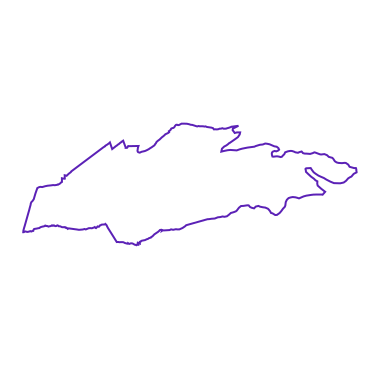 the district of San Felipe Teotlalcingo, Puebla, Mexico, rotated 192°
{"feature_id": "50627088B44599402130995", "entity_name": "San Felipe Teotlalcingo", "entity_type": "district", "adm_level": 2, "iso_a3": "MEX", "parent_name": "Mexico", "parent_adm1": "Puebla", "projection": "orthographic", "projection_center": [-98.518, 19.233], "detail": "fine", "context": "isolated", "style": "outline", "palette": "violet", "viewbox_px": 384, "rotation_deg": 192, "n_neighbors": 0, "source": "geoboundaries", "source_scale": "gbopen_adm2", "svg_char_len": 6047}
<svg xmlns="http://www.w3.org/2000/svg" viewBox="0 0 384 384"><g transform="rotate(192 192 192)"><path d="M322.1,178.4L321.3,174.8L322.0,174.2L322.6,173.2L323.2,172.5L324.6,171.3L325.0,171.4L325.6,170.9L327.1,170.3L327.7,170.1L329.3,169.9L331.2,169.2L334.6,168.1L336.9,167.1L339.5,165.7L341.4,165.5L342.5,165.0L344.1,163.7L344.8,158.3L345.3,152.0L346.2,149.9L346.9,148.9L347.1,148.4L347.3,147.1L347.2,146.0L347.4,142.9L347.5,140.3L347.7,137.6L348.6,123.9L348.8,121.6L348.9,119.3L348.7,117.6L348.2,117.7L347.3,118.6L346.9,118.7L346.4,118.8L345.9,118.7L345.5,118.7L344.4,118.8L343.2,119.4L342.0,120.1L341.1,119.9L340.8,120.0L340.5,120.2L340.1,120.7L339.7,120.9L339.2,121.0L339.2,121.5L339.0,122.4L338.8,122.7L338.7,123.0L337.5,123.5L337.1,123.6L335.3,124.4L334.9,124.6L334.0,124.9L333.7,125.1L333.2,125.8L332.2,126.5L331.8,126.7L331.5,126.8L330.9,127.2L330.4,127.3L329.9,127.6L329.4,127.8L329.0,128.1L328.7,128.6L328.3,128.7L327.8,128.4L327.5,128.4L327.0,128.6L326.2,128.6L325.3,128.3L324.8,128.6L322.9,129.4L322.3,130.1L322.0,130.3L321.5,130.3L321.3,130.0L321.0,130.0L320.8,130.4L320.4,130.6L319.8,130.6L318.9,130.2L318.2,130.3L317.7,130.5L316.9,131.3L316.7,131.4L316.1,131.3L315.8,131.2L315.5,130.9L315.2,130.8L314.9,130.8L314.3,131.0L313.6,131.0L312.0,130.6L310.9,130.7L310.5,130.8L309.7,131.1L308.5,131.2L308.1,131.1L308.4,130.8L308.0,130.7L306.3,130.5L305.8,130.1L305.1,130.8L299.4,131.2L297.0,131.4L294.7,131.5L291.1,132.6L289.3,133.5L288.8,133.4L288.1,133.3L285.5,135.1L284.1,135.5L282.4,135.7L280.2,137.1L279.8,137.5L278.9,136.8L278.4,136.7L277.9,137.4L277.2,138.7L275.9,138.6L275.4,139.4L275.2,140.1L274.4,140.5L273.8,141.2L272.6,141.6L270.3,142.2L270.1,142.7L268.9,142.0L266.9,139.5L259.8,132.2L255.2,127.4L254.1,127.7L253.4,127.8L252.5,127.8L251.8,128.0L251.1,128.2L250.6,128.3L250.1,128.4L248.9,128.6L248.2,128.5L247.3,128.2L244.6,128.0L244.1,128.1L244.0,128.7L243.1,128.3L242.5,128.2L241.1,129.1L239.8,129.3L239.3,129.2L238.7,129.1L238.3,128.9L237.9,128.8L236.8,128.5L236.3,128.6L235.4,128.4L235.2,128.7L234.8,128.9L233.5,129.2L233.6,129.7L234.5,129.6L234.5,131.1L232.3,130.7L232.7,132.4L232.6,132.5L232.0,132.7L231.7,133.0L231.7,133.3L231.0,133.9L228.9,134.8L228.1,135.1L227.3,135.7L226.6,136.3L225.8,136.7L225.1,137.2L224.5,137.9L222.7,138.9L222.4,139.7L221.6,140.2L220.0,142.8L219.3,143.5L218.7,144.1L218.1,144.8L217.3,145.5L216.0,147.2L215.5,148.1L214.2,148.7L213.1,148.6L213.2,147.9L212.8,148.3L212.4,148.4L210.7,148.8L206.0,150.1L204.7,151.1L202.6,151.1L199.9,152.3L199.0,152.3L196.6,152.8L193.8,154.8L191.5,157.2L190.8,158.3L171.2,168.6L169.7,169.0L167.3,169.9L164.2,170.8L161.5,172.6L159.0,173.4L157.1,174.4L155.1,174.5L152.8,175.5L151.1,177.5L149.6,179.6L148.0,180.4L146.6,181.2L145.1,182.2L144.4,183.0L142.8,186.4L141.1,188.5L139.1,189.0L135.1,190.5L133.8,190.7L132.1,189.4L130.4,189.0L127.9,188.9L126.6,191.0L124.1,192.2L122.5,191.8L119.6,191.8L117.1,192.0L114.2,191.4L113.3,190.8L111.7,189.5L110.3,187.9L108.9,187.9L105.9,186.8L104.2,187.2L101.9,189.7L100.7,191.9L99.5,194.6L98.2,196.7L97.9,198.1L98.0,199.4L98.2,201.6L97.6,204.1L96.3,206.1L94.6,207.1L92.5,208.0L89.7,208.3L87.6,208.2L86.0,208.0L81.9,210.9L79.4,212.2L74.4,214.1L72.3,214.8L65.2,216.4L63.7,216.5L61.8,219.9L66.2,222.0L70.4,224.4L71.2,226.1L71.6,228.5L73.6,229.1L75.6,230.4L78.6,231.7L82.8,234.2L83.7,234.8L84.7,235.4L85.2,236.9L85.8,238.1L85.3,238.9L80.9,240.1L79.4,238.6L77.1,236.6L75.0,235.6L71.7,234.3L69.0,233.7L65.9,233.1L63.2,232.1L58.8,230.9L55.0,230.2L48.9,231.3L45.6,232.8L43.7,234.9L42.0,237.9L40.4,239.4L39.3,240.2L38.6,241.5L37.7,243.2L37.0,243.9L35.1,245.4L35.3,246.2L35.8,247.4L36.0,248.4L36.7,249.5L38.3,249.1L43.1,249.4L44.9,251.3L47.6,252.4L49.0,252.2L51.3,251.4L54.8,250.9L56.7,251.0L58.7,251.8L60.8,253.9L61.9,254.6L65.5,254.8L67.6,256.1L70.4,256.6L73.6,255.5L74.9,255.5L79.5,256.2L80.6,256.2L82.0,255.1L84.4,253.8L88.4,253.3L89.9,253.0L91.5,253.1L93.2,254.4L95.3,253.3L96.5,252.4L99.1,252.3L100.7,252.7L102.8,252.9L104.5,252.6L106.7,251.7L109.1,250.2L109.6,248.1L110.7,246.5L111.4,245.2L112.5,244.6L114.5,244.7L116.1,244.6L117.3,244.3L119.6,243.5L120.7,243.4L121.5,244.8L122.0,246.5L121.9,247.4L121.3,248.3L119.8,249.3L118.0,249.3L116.5,250.3L115.6,251.5L116.6,252.9L118.6,253.9L121.0,253.8L126.0,254.8L128.8,254.8L130.5,254.6L132.6,253.2L135.4,252.3L139.2,250.2L140.4,249.3L146.9,247.0L152.0,244.8L154.3,243.6L156.9,242.0L163.3,241.1L165.8,240.3L169.0,238.9L171.7,237.6L171.7,240.6L170.0,243.1L168.0,244.8L166.6,246.4L165.6,247.8L165.1,248.0L164.9,248.3L161.7,251.7L158.5,255.2L158.1,256.2L157.3,258.2L157.3,260.3L160.5,259.6L162.5,258.6L163.2,259.3L165.1,260.9L165.2,262.5L160.3,266.4L167.1,264.0L167.2,263.8L169.1,262.6L171.0,261.6L172.0,261.0L174.1,260.5L175.6,260.7L176.8,260.0L178.1,259.7L179.3,258.9L180.7,258.4L182.2,258.2L183.6,257.8L184.7,258.8L186.3,259.0L190.9,258.7L192.4,259.0L193.4,258.6L194.6,258.6L196.8,258.2L197.9,257.9L199.3,257.9L200.6,257.2L201.8,257.3L205.7,257.7L207.2,257.5L209.1,257.7L211.3,257.7L216.4,256.7L218.8,254.7L219.9,254.5L220.7,254.7L221.6,254.3L222.3,253.2L222.7,251.9L223.4,250.9L224.5,250.4L225.5,249.7L225.8,248.5L226.3,247.7L227.3,246.6L226.8,245.7L227.7,244.7L230.1,242.9L230.6,242.0L231.9,240.3L232.7,239.4L233.8,237.8L234.6,236.6L236.3,234.7L237.2,233.3L237.5,232.0L238.1,231.0L238.4,229.9L239.8,228.4L240.8,227.3L242.1,226.1L243.0,225.1L244.4,223.9L246.1,222.6L247.1,222.0L247.5,221.9L248.0,221.6L249.6,220.9L250.4,220.3L250.8,220.0L251.0,219.8L251.4,219.6L252.0,219.7L252.7,219.7L253.3,220.0L253.7,220.6L253.9,221.0L253.9,221.5L254.1,223.9L253.9,225.9L263.3,223.7L263.9,223.7L264.3,223.1L264.3,222.6L264.5,222.4L264.6,221.9L264.7,221.7L265.6,221.5L266.0,221.4L266.0,221.5L270.0,227.9L270.3,227.6L270.6,227.2L271.1,226.7L271.3,226.6L271.3,226.3L272.5,225.1L273.6,223.6L274.3,223.0L275.2,221.8L276.5,220.5L276.7,220.1L278.0,218.6L279.0,217.4L282.6,223.4L282.9,222.9L284.7,220.8L285.7,219.9L286.5,219.1L286.5,218.7L287.9,217.4L314.5,186.9L314.6,186.3L316.4,184.2L318.0,181.8L318.3,181.9L320.0,181.9L319.2,178.6L319.7,178.4L322.1,178.4Z" fill="none" stroke="#5b21b6" stroke-width="2"/></g></svg>